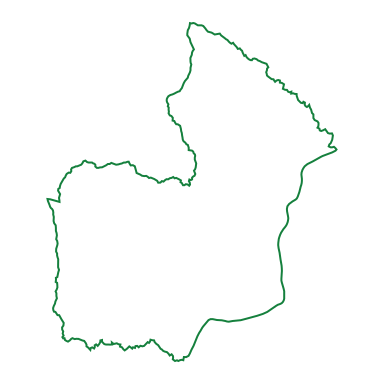 the district of Palmeirante, Tocantins, Brazil
{"feature_id": "56859067B84027075670331", "entity_name": "Palmeirante", "entity_type": "district", "adm_level": 2, "iso_a3": "BRA", "parent_name": "Brazil", "parent_adm1": "Tocantins", "projection": "natural_earth1", "projection_center": [-48.155, -7.846], "detail": "fine", "context": "isolated", "style": "outline", "palette": "green", "viewbox_px": 384, "rotation_deg": 0, "n_neighbors": 0, "source": "geoboundaries", "source_scale": "gbopen_adm2", "svg_char_len": 5903}
<svg xmlns="http://www.w3.org/2000/svg" viewBox="0 0 384 384"><path d="M190.0,23.1L189.6,25.8L189.0,28.0L187.8,30.2L187.3,33.7L187.3,35.3L189.7,38.6L190.5,42.2L193.9,49.4L192.6,51.2L192.0,52.8L191.8,54.8L190.4,58.0L190.5,61.5L190.7,63.0L191.3,64.4L190.5,67.9L190.5,70.3L189.9,72.4L188.2,75.9L187.8,77.7L184.9,81.1L183.7,83.3L181.8,88.2L180.5,89.8L179.7,91.2L178.0,91.7L176.1,92.6L174.5,93.5L172.5,94.4L170.4,95.0L168.4,96.2L167.4,97.7L166.8,99.1L166.7,100.9L167.2,102.5L168.4,104.3L167.8,106.3L168.7,107.5L168.6,109.8L168.9,111.6L168.6,113.3L169.8,115.4L171.4,116.0L172.8,117.8L172.6,120.6L174.3,121.0L175.2,122.8L176.2,124.2L177.8,124.3L180.1,125.8L180.9,128.8L181.2,131.1L181.8,133.0L182.1,135.4L182.5,137.5L182.8,139.7L183.6,141.3L185.3,142.6L186.4,144.3L187.8,144.9L188.7,147.6L188.7,150.1L192.0,150.6L193.2,151.6L193.7,153.3L194.9,154.4L195.2,155.9L194.8,157.5L194.8,159.6L196.2,163.4L195.7,167.4L195.1,169.2L194.0,170.7L195.3,174.0L194.5,175.8L193.3,176.4L192.1,177.6L192.1,179.4L190.8,180.1L189.4,179.5L188.9,181.2L189.8,182.7L190.0,184.6L189.2,185.7L187.7,184.5L185.8,184.2L184.4,185.2L183.0,185.2L181.8,183.0L180.5,182.2L180.9,180.4L179.2,179.4L176.2,177.9L174.6,178.3L173.2,177.0L171.6,177.9L169.9,178.2L168.2,179.3L166.5,179.2L165.2,180.0L163.5,181.6L161.9,181.1L160.4,182.6L158.2,182.7L157.2,180.8L154.2,179.0L150.8,177.6L149.0,178.0L147.6,176.7L146.2,175.9L144.2,176.1L141.9,175.7L140.3,174.6L136.6,173.0L136.1,171.0L134.8,166.3L132.9,165.2L130.7,165.4L129.5,163.5L128.7,161.7L127.4,161.8L125.7,162.5L123.6,162.6L121.8,163.5L120.3,163.8L118.4,164.4L116.1,164.7L111.3,162.9L109.7,164.0L107.9,164.0L106.1,165.3L102.1,167.3L100.0,167.4L98.4,167.9L96.9,167.9L95.3,166.5L95.4,164.9L94.5,163.8L93.2,163.4L92.0,162.5L88.5,162.5L87.1,162.1L85.4,160.6L83.4,161.3L82.3,163.4L81.2,164.7L77.3,166.3L75.9,166.3L74.1,167.2L72.0,167.9L71.1,169.4L71.3,171.2L70.3,172.8L68.7,172.6L66.7,173.9L65.8,175.5L65.1,177.3L63.8,178.5L60.7,183.9L60.0,186.0L59.7,188.0L58.3,188.9L58.1,190.7L60.1,194.1L59.0,197.9L59.4,200.2L59.5,201.9L50.2,199.3L47.5,199.0L47.9,200.9L49.6,205.1L50.1,206.7L50.9,208.0L52.1,209.0L53.0,210.5L53.3,212.5L53.2,214.5L53.8,216.9L53.6,221.0L54.2,223.3L55.7,225.3L55.9,228.1L55.9,230.9L56.6,233.1L56.9,235.4L56.2,239.2L57.2,241.0L57.6,243.5L57.3,245.2L56.2,248.8L56.1,251.6L57.1,253.5L57.1,255.5L57.6,257.5L58.2,259.2L58.1,267.2L59.0,269.9L58.3,272.2L57.3,277.1L55.9,277.8L56.0,279.7L55.7,282.0L57.1,282.8L57.3,284.9L57.4,287.5L56.6,289.7L55.6,291.4L56.4,293.2L56.4,296.0L56.9,298.3L55.4,301.5L55.0,303.6L53.8,306.0L53.1,308.1L53.3,310.0L54.0,311.7L55.4,311.9L57.5,315.1L59.2,315.2L61.4,319.2L63.7,322.9L63.4,325.6L62.1,327.4L62.2,329.6L63.2,331.4L62.7,333.6L63.6,335.6L62.4,337.1L63.2,338.4L64.5,338.2L65.0,340.0L66.4,340.9L68.0,341.6L69.9,340.3L71.1,339.0L72.4,338.2L74.7,339.1L76.4,338.8L78.5,338.9L82.5,340.5L84.2,340.9L85.7,343.0L86.5,344.7L86.5,346.4L87.9,347.3L90.3,349.9L90.6,348.1L92.2,347.4L94.1,348.5L94.8,347.1L94.7,345.3L96.1,344.4L97.7,345.9L99.1,344.2L100.2,342.3L100.4,340.4L102.0,340.0L102.0,341.7L104.3,344.1L105.8,344.5L110.5,344.6L112.1,344.5L111.9,342.5L113.7,344.0L116.8,343.3L118.6,344.3L120.4,344.5L120.0,346.6L122.0,347.3L123.4,349.3L124.7,350.4L126.8,348.9L129.3,346.4L130.9,347.5L132.2,348.6L133.0,347.3L135.0,347.9L135.5,346.1L137.2,345.9L138.7,347.3L140.4,345.8L142.4,346.3L144.1,345.9L147.7,342.1L149.0,342.9L150.0,341.6L150.5,339.7L152.2,340.2L154.1,340.4L154.6,342.0L156.2,343.8L158.2,345.2L160.6,348.8L161.9,349.5L163.2,350.9L164.8,351.6L166.9,352.1L168.6,353.8L169.7,355.5L171.6,354.3L173.0,356.1L173.1,357.7L172.8,359.3L175.0,361.0L177.0,360.3L178.3,361.0L180.2,360.1L181.9,359.8L183.3,360.2L183.9,357.0L186.1,357.1L188.5,355.9L189.8,353.6L191.5,349.7L193.6,345.7L197.4,336.3L199.2,332.8L200.4,331.0L202.2,327.8L203.2,326.4L208.5,320.1L210.6,319.1L212.6,319.1L216.9,320.0L221.8,320.3L225.3,321.0L227.0,321.5L228.8,321.7L232.6,321.0L240.7,320.2L246.4,318.7L257.1,315.8L262.9,313.9L267.3,311.9L276.0,305.9L277.8,304.8L280.1,304.0L281.7,303.2L283.0,301.8L283.8,300.2L284.2,298.7L284.2,291.2L283.6,288.6L281.8,282.4L281.4,280.6L281.4,278.7L281.9,270.9L281.8,268.4L281.6,265.7L280.5,259.3L279.6,252.9L278.6,248.2L278.2,245.1L278.3,242.8L278.8,238.9L279.3,237.2L280.1,234.9L281.1,232.7L283.4,229.1L284.9,227.3L286.2,225.5L287.0,223.9L287.7,222.0L288.1,220.0L288.3,218.2L288.0,216.1L287.1,211.5L286.9,209.0L287.4,206.3L289.1,204.0L292.4,201.5L295.6,199.6L296.8,198.5L297.8,196.5L299.4,191.9L300.7,186.6L301.2,185.2L301.7,183.0L301.9,180.8L301.9,178.8L301.4,174.6L301.6,172.5L302.5,169.8L303.5,168.0L304.7,166.3L307.4,164.1L312.8,161.4L320.8,156.9L322.6,156.0L332.2,152.4L335.5,150.7L336.5,149.5L335.3,148.0L333.9,146.8L332.2,147.3L330.6,147.3L328.7,146.4L329.3,144.5L330.7,143.2L332.2,139.8L332.9,135.5L332.0,133.4L329.8,133.6L328.0,133.1L325.2,129.2L323.1,130.3L321.2,131.0L319.8,130.4L319.4,128.6L317.5,127.7L318.3,126.3L318.5,124.7L318.5,122.9L317.5,121.4L314.7,120.1L313.4,118.1L313.4,114.4L312.0,113.0L311.1,109.6L310.0,107.7L309.2,104.9L308.2,106.1L306.9,107.0L305.5,106.1L304.7,104.7L304.9,102.6L303.4,101.8L302.7,103.1L300.9,102.8L298.1,100.0L296.7,95.9L296.6,94.0L294.8,93.9L293.1,93.3L291.2,93.6L291.3,91.7L289.7,92.3L288.1,91.7L287.0,89.9L285.1,89.8L282.9,88.8L284.0,84.3L281.8,82.9L279.9,82.6L279.9,80.5L278.2,80.0L276.6,80.5L275.1,81.8L274.2,80.6L273.5,79.3L271.6,79.1L268.1,76.5L267.0,75.5L266.7,73.8L266.2,72.2L266.9,70.4L267.1,68.5L268.3,67.3L266.5,63.8L261.8,62.2L259.8,61.1L258.1,60.5L256.6,59.2L254.5,58.5L252.8,58.8L251.9,60.2L250.4,60.1L248.6,59.1L246.7,57.3L245.6,55.1L244.3,55.9L242.6,52.5L242.1,50.8L240.8,49.7L239.8,48.4L237.8,48.9L236.7,47.1L234.1,44.3L233.1,42.8L231.4,43.7L229.8,42.6L228.6,41.4L227.5,40.0L226.0,39.2L224.7,38.1L221.1,35.4L219.8,33.6L214.7,34.5L211.6,32.6L208.0,31.7L206.5,30.1L205.4,28.5L203.3,26.0L201.5,25.3L197.8,25.3L194.8,23.4L193.2,23.0L191.6,23.5L190.0,23.1Z" fill="none" stroke="#15803d" stroke-width="2"/></svg>